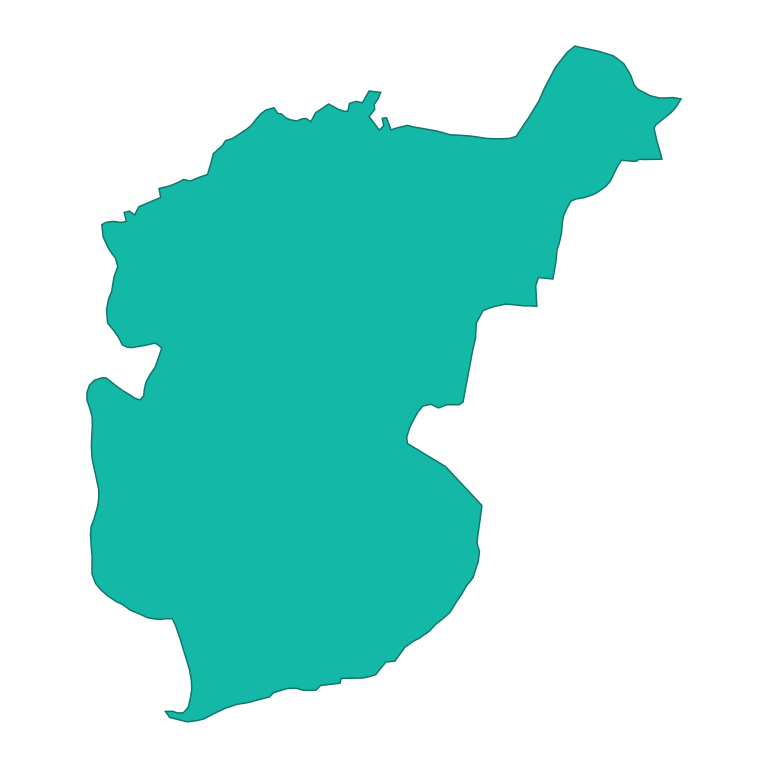 Chumatlán, Veracruz, Mexico (Equal Earth projection)
{"feature_id": "50627088B36712897039445", "entity_name": "Chumatlán", "entity_type": "district", "adm_level": 2, "iso_a3": "MEX", "parent_name": "Mexico", "parent_adm1": "Veracruz", "projection": "equal_earth", "projection_center": [-97.586, 20.222], "detail": "fine", "context": "isolated", "style": "filled", "palette": "teal", "viewbox_px": 768, "rotation_deg": 0, "n_neighbors": 0, "source": "geoboundaries", "source_scale": "gbopen_adm2", "svg_char_len": 4336}
<svg xmlns="http://www.w3.org/2000/svg" viewBox="0 0 768 768"><path d="M413.8,127.0L407.6,125.4L404.0,126.2L399.1,127.3L390.9,129.8L389.5,125.9L386.5,117.7L382.2,118.4L383.8,125.7L379.3,130.1L369.1,116.5L374.7,109.4L374.3,104.3L377.9,99.1L380.7,92.4L369.1,91.0L362.4,102.8L356.2,101.4L350.7,103.0L349.5,103.4L347.8,111.2L344.3,111.3L338.4,109.4L335.3,107.6L328.6,104.0L325.5,106.1L323.3,107.7L315.7,112.6L310.9,121.6L306.0,118.5L302.1,118.8L296.6,121.0L290.6,119.8L286.0,118.1L281.5,114.0L280.0,113.8L277.9,113.5L273.9,107.7L268.5,109.3L265.8,110.1L262.4,112.6L260.7,113.9L256.3,119.0L251.1,125.6L248.1,128.0L246.2,129.5L233.9,137.6L233.6,137.9L232.8,138.4L225.6,140.6L222.3,145.6L218.3,149.3L218.1,149.5L213.3,153.8L211.4,161.5L207.5,174.6L206.7,174.8L200.3,176.9L190.5,180.9L190.3,181.0L190.2,181.0L187.4,180.4L183.6,179.5L181.9,180.4L177.2,182.9L173.8,184.2L169.4,186.0L159.0,188.5L160.7,197.4L160.5,197.5L144.6,204.3L139.0,206.6L136.6,210.9L134.8,214.9L129.4,211.1L124.2,212.5L126.4,221.3L121.4,222.4L113.3,221.4L107.8,222.1L105.9,222.4L101.8,224.7L103.2,237.0L103.9,238.6L108.5,248.4L111.9,253.5L115.5,258.2L117.8,266.5L117.5,267.3L114.0,276.9L111.6,291.7L110.0,295.5L108.8,298.3L106.5,309.8L107.0,316.0L107.6,323.0L114.1,331.0L118.6,337.5L122.3,344.8L127.1,347.2L131.6,347.6L144.8,345.4L150.6,344.1L155.0,343.1L158.4,345.1L161.7,348.2L158.4,358.1L155.1,367.2L149.9,374.7L145.8,382.6L144.3,390.2L143.6,395.9L140.1,399.9L135.1,398.4L129.3,394.6L125.4,392.2L122.0,390.2L115.6,385.5L110.0,380.9L106.0,377.9L102.4,377.7L94.5,380.2L89.5,385.1L86.9,392.6L87.0,400.0L88.3,404.0L90.1,409.1L92.2,417.5L92.3,424.0L92.4,425.6L91.6,439.0L91.4,447.2L92.1,458.3L93.2,464.0L93.3,464.4L93.9,467.4L95.6,474.7L97.2,482.5L98.7,489.7L98.7,489.8L98.8,497.6L97.7,505.8L96.4,510.8L95.3,514.7L94.2,518.7L91.1,526.6L90.6,533.4L90.5,535.1L91.3,547.0L91.3,547.6L92.1,555.9L92.1,557.8L92.0,560.7L92.0,561.0L92.0,570.3L92.0,573.9L95.6,583.5L97.1,585.4L101.0,590.0L106.6,594.9L107.4,595.6L115.9,601.4L122.7,604.6L129.7,609.7L130.7,610.4L134.3,611.9L139.8,614.1L145.7,616.8L147.5,617.7L152.6,618.6L155.9,619.1L160.9,619.4L165.0,618.7L172.3,618.7L175.2,624.8L175.5,625.4L178.5,634.0L179.9,638.0L182.9,648.0L183.2,649.2L185.7,657.0L186.4,659.4L189.6,670.0L189.6,670.3L191.4,680.6L191.5,682.2L191.5,682.4L191.8,689.6L190.2,698.9L189.1,703.6L188.1,707.5L183.2,712.9L180.4,712.9L177.4,712.9L172.7,711.3L165.4,711.4L169.7,717.4L178.4,719.6L187.3,721.9L197.3,720.5L204.0,718.9L212.6,714.3L214.6,713.3L225.2,708.3L234.6,705.1L236.8,704.4L248.4,702.5L254.9,700.7L258.8,699.7L262.2,698.8L269.5,696.9L273.5,692.7L287.5,688.4L296.3,688.2L303.3,690.4L309.9,690.4L316.2,690.0L320.5,685.5L324.7,685.0L340.0,683.2L341.2,678.4L363.0,678.0L370.1,676.4L375.4,674.7L375.7,674.6L376.7,673.4L385.9,662.0L394.8,661.2L405.1,647.0L413.2,641.3L419.3,638.2L424.1,634.8L428.9,631.5L435.6,624.4L442.4,619.0L449.9,612.5L456.6,601.7L460.3,596.2L461.5,594.5L466.7,585.4L469.7,581.9L473.1,577.5L475.6,569.4L478.2,561.7L479.5,551.6L477.1,543.7L477.6,536.7L480.3,518.1L481.9,505.5L445.5,466.5L407.5,443.6L406.7,437.3L409.7,427.6L412.6,421.6L417.7,412.3L420.9,408.4L423.0,406.0L430.8,404.3L438.3,407.9L442.4,406.5L447.0,404.7L459.1,404.7L463.0,402.2L464.7,393.1L472.7,350.1L475.5,338.4L476.3,323.1L483.1,310.5L488.2,308.6L489.3,308.2L494.1,306.5L499.5,305.5L502.7,304.7L505.4,304.1L513.6,304.7L521.9,305.6L524.7,305.9L529.8,305.8L536.8,306.3L536.2,294.0L535.7,285.9L538.5,277.5L552.9,279.0L555.9,262.1L557.0,249.8L559.1,243.6L561.4,233.8L562.5,221.1L563.9,215.1L566.4,209.3L570.9,201.1L576.3,198.9L584.5,197.6L592.8,194.7L597.5,192.3L603.4,188.0L605.8,186.3L610.5,180.9L613.7,174.1L618.5,164.5L621.6,160.2L621.8,160.3L622.4,160.3L623.1,160.4L634.1,161.3L635.0,161.2L635.4,161.1L636.7,161.2L637.1,160.0L637.9,159.9L640.9,159.2L643.4,159.5L661.9,159.2L660.5,153.4L656.6,139.9L654.0,128.0L656.1,124.7L663.3,118.8L671.3,112.4L676.1,107.0L681.1,98.9L672.7,97.5L665.7,98.0L659.6,98.0L650.2,95.7L640.9,90.9L637.5,88.9L633.9,84.4L630.6,75.0L623.8,63.7L613.3,55.8L598.7,51.3L574.7,46.1L566.8,52.7L555.3,67.5L544.1,89.0L538.7,101.3L532.5,111.4L529.0,117.1L521.7,127.9L516.2,136.4L509.5,138.4L498.9,138.8L487.2,138.5L480.0,137.4L474.2,136.5L466.4,135.7L463.7,135.5L455.6,135.0L449.8,134.7L441.9,132.4L436.5,130.9L427.7,129.4L422.2,128.4L413.8,127.0Z" fill="#14b8a6" stroke="#0f766e" stroke-width="1.5"/></svg>